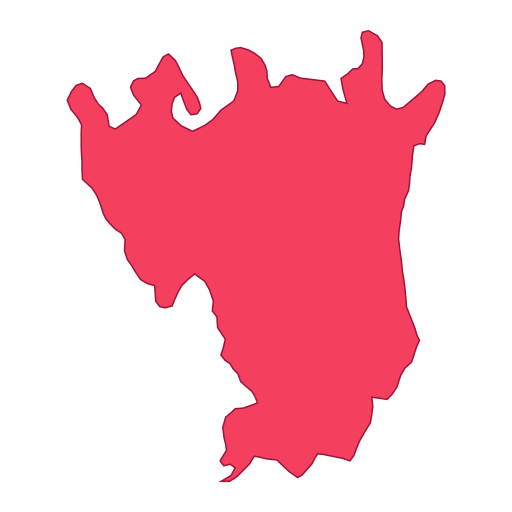 the district of Rolador, Rio Grande do Sul, Brazil
{"feature_id": "56859067B54223989013555", "entity_name": "Rolador", "entity_type": "district", "adm_level": 2, "iso_a3": "BRA", "parent_name": "Brazil", "parent_adm1": "Rio Grande do Sul", "projection": "natural_earth1", "projection_center": [-54.842, -28.264], "detail": "fine", "context": "isolated", "style": "filled", "palette": "rose", "viewbox_px": 512, "rotation_deg": 0, "n_neighbors": 0, "source": "geoboundaries", "source_scale": "gbopen_adm2", "svg_char_len": 2852}
<svg xmlns="http://www.w3.org/2000/svg" viewBox="0 0 512 512"><path d="M400.6,220.7L401.4,211.9L403.6,206.0L404.6,199.3L408.5,190.8L409.6,183.1L409.9,176.8L411.5,167.6L412.5,155.2L413.8,145.9L419.4,143.7L424.6,144.3L426.1,136.0L430.3,129.4L434.5,123.0L439.0,112.9L442.2,103.4L444.8,94.4L444.8,85.8L441.2,81.1L435.7,80.3L428.0,84.2L422.4,90.9L417.5,95.3L409.3,102.3L403.1,107.5L396.4,109.1L390.2,105.9L384.7,99.2L382.1,90.0L381.8,79.2L382.3,67.0L382.1,51.2L382.0,42.3L377.5,35.8L368.4,30.7L362.3,32.3L361.0,38.0L363.7,50.6L363.9,57.1L362.3,63.8L357.8,68.7L352.8,68.9L347.9,73.6L341.0,78.5L342.9,89.0L346.9,103.4L337.6,101.0L330.0,89.4L324.8,81.1L306.1,78.8L300.5,78.1L292.2,74.7L285.8,76.6L278.8,86.4L270.8,87.4L267.2,78.2L266.9,70.9L265.1,65.4L261.2,58.5L254.6,53.3L248.1,49.8L240.7,47.6L235.7,48.3L231.0,50.2L232.5,57.5L234.0,63.5L235.1,70.3L237.8,82.5L237.7,90.9L233.8,101.0L226.5,106.2L221.2,109.9L212.8,119.5L205.0,125.3L192.6,131.3L181.2,125.8L172.9,118.0L171.3,111.2L172.1,103.6L174.6,97.3L180.8,93.1L183.9,101.8L186.7,109.1L191.0,114.8L197.1,113.8L200.8,108.5L199.3,102.4L197.0,96.7L182.8,75.6L178.1,65.7L175.3,60.4L168.4,53.9L163.1,56.9L160.2,62.2L155.3,71.4L150.5,74.7L145.5,78.2L137.9,78.5L133.5,80.9L130.5,87.1L133.5,95.1L141.4,104.9L136.3,114.4L131.3,118.0L115.3,129.0L109.2,126.4L107.2,114.8L102.7,108.1L98.2,104.0L94.0,97.2L90.3,88.4L82.4,83.3L76.1,85.4L71.4,91.5L67.2,100.2L70.9,109.3L77.5,117.3L81.5,124.7L81.2,133.1L81.2,145.0L81.4,152.8L82.0,160.9L82.0,169.5L82.5,179.4L88.4,184.7L92.2,188.3L96.3,194.6L99.5,201.7L103.3,213.5L105.9,218.8L109.5,223.3L115.8,229.6L121.4,233.1L125.1,239.5L124.5,250.7L127.4,259.6L131.7,265.5L134.8,271.0L140.6,279.6L147.4,283.6L154.7,285.6L155.7,301.1L159.7,306.6L165.0,307.8L172.1,306.0L174.8,299.3L178.4,291.3L182.0,285.3L187.6,279.8L194.6,273.9L200.2,278.1L204.7,281.2L209.4,289.5L213.4,301.1L212.3,311.0L216.9,316.8L217.6,327.5L225.3,339.3L223.1,348.6L220.9,355.1L224.9,360.1L230.2,363.9L233.0,368.7L238.0,374.0L240.6,381.5L245.4,385.8L251.8,391.3L254.8,396.0L257.5,402.8L252.5,404.9L243.3,408.1L235.2,408.7L231.0,412.8L225.7,417.1L222.8,427.2L224.1,438.0L225.7,444.3L226.5,450.2L220.1,460.9L223.8,465.8L230.2,464.2L235.2,467.9L230.9,475.6L221.2,481.3L229.6,481.3L236.7,476.8L242.7,470.9L249.6,463.8L254.3,456.2L259.5,457.1L265.6,458.7L276.9,460.0L289.0,471.5L297.7,477.6L302.1,475.0L312.0,463.8L314.7,458.5L317.6,453.9L322.6,454.3L342.5,458.3L349.9,460.9L353.9,455.5L356.3,448.9L359.6,441.0L363.8,433.5L367.2,427.8L370.2,423.1L371.5,416.4L372.8,406.1L371.7,397.2L379.1,398.2L387.0,399.4L392.0,394.4L396.9,387.1L400.6,375.6L404.8,368.3L411.6,362.0L416.7,346.4L419.5,340.4L416.9,335.2L415.1,328.7L412.3,321.6L409.6,314.9L406.4,306.6L405.9,298.9L404.8,286.9L403.6,278.3L402.4,271.4L401.4,260.5L399.9,250.5L398.6,239.1L399.1,230.6L400.6,220.7Z" fill="#f43f5e" stroke="#9f1239" stroke-width="1.5"/></svg>